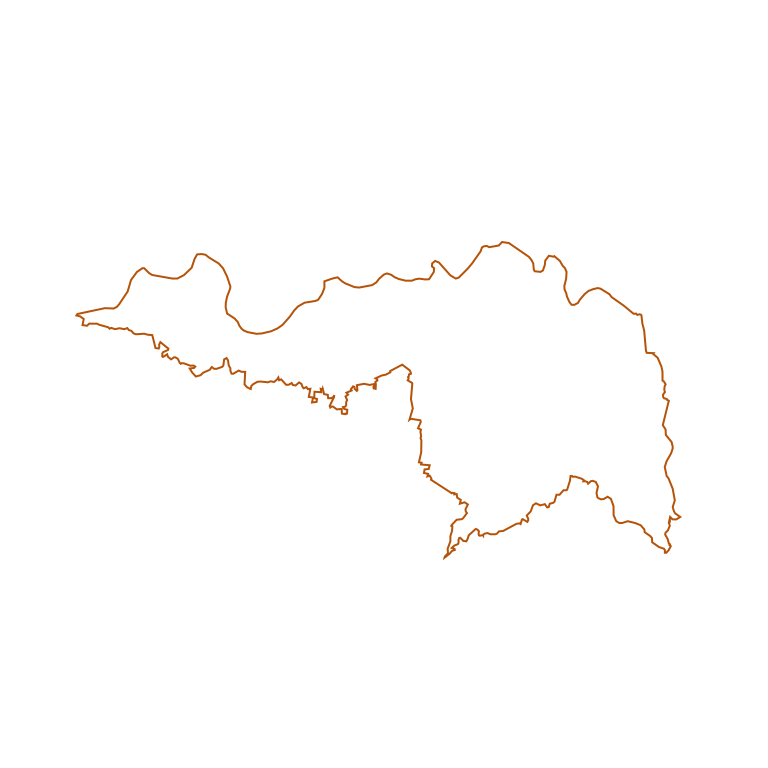 the district of Apazapan, Veracruz, Mexico, rotated 190°
{"feature_id": "50627088B67463100581546", "entity_name": "Apazapan", "entity_type": "district", "adm_level": 2, "iso_a3": "MEX", "parent_name": "Mexico", "parent_adm1": "Veracruz", "projection": "robinson", "projection_center": [-96.664, 19.343], "detail": "fine", "context": "isolated", "style": "outline", "palette": "amber", "viewbox_px": 768, "rotation_deg": 190, "n_neighbors": 0, "source": "geoboundaries", "source_scale": "gbopen_adm2", "svg_char_len": 6125}
<svg xmlns="http://www.w3.org/2000/svg" viewBox="0 0 768 768"><g transform="rotate(190 384 384)"><path d="M691.1,389.7L686.6,389.8L684.8,392.2L677.0,393.6L674.9,392.9L665.5,392.0L663.9,390.8L662.4,391.9L658.5,391.3L654.1,393.0L649.2,392.9L646.5,394.5L644.6,392.8L642.0,392.5L639.5,390.4L637.0,389.9L628.7,391.9L625.3,391.5L620.7,391.9L615.3,379.8L612.0,379.8L611.7,381.7L612.3,383.7L611.5,386.4L602.5,381.4L602.6,380.0L607.1,377.0L607.6,375.7L607.1,372.6L606.5,372.3L605.6,372.8L602.7,375.6L601.5,373.3L598.0,371.3L595.4,373.8L594.2,374.1L591.4,373.0L588.8,369.3L587.7,368.6L586.8,369.4L584.6,369.6L578.0,368.4L574.7,369.1L572.9,368.4L573.7,366.9L578.0,365.5L575.0,362.1L570.6,358.7L566.2,360.8L564.1,363.7L558.1,367.7L556.6,370.8L554.0,369.5L551.7,369.8L546.4,372.7L545.4,374.2L545.7,380.5L543.6,382.2L541.7,380.2L540.2,375.4L538.1,372.9L537.5,370.2L535.9,367.7L534.3,367.9L529.4,372.0L526.8,371.3L522.8,371.8L521.3,359.4L518.3,357.0L514.4,355.9L514.3,359.0L512.8,361.1L509.0,364.2L505.9,365.0L498.7,365.5L496.0,367.0L492.6,366.9L490.2,369.7L489.2,372.1L487.9,369.5L486.1,370.7L480.2,366.2L477.6,366.8L475.1,368.9L473.6,367.2L470.8,367.2L467.9,370.8L465.4,369.8L463.5,366.7L462.2,365.8L459.9,367.5L458.0,365.7L455.7,366.5L455.8,358.2L451.5,358.4L451.7,353.3L447.3,354.7L447.4,357.6L450.3,358.0L451.1,364.3L444.4,365.0L445.5,368.3L443.7,368.2L443.6,368.9L441.2,363.6L437.5,363.6L436.5,360.3L433.6,360.8L431.3,362.7L431.1,364.5L430.9,362.5L433.7,353.0L432.8,351.5L431.7,352.7L430.3,352.9L426.0,350.8L421.4,352.1L420.3,347.5L416.7,347.6L416.7,348.2L415.3,348.5L415.7,352.3L418.8,352.5L420.3,354.2L418.2,355.0L417.6,356.5L418.1,359.9L417.5,361.7L419.7,365.1L417.5,367.3L419.5,368.9L414.7,372.0L415.7,373.1L414.0,376.3L412.6,376.0L412.1,374.2L409.6,372.5L409.1,373.4L410.5,378.1L403.8,380.7L398.0,380.6L393.8,382.2L393.4,379.0L393.8,378.9L393.3,377.8L391.4,377.8L392.0,382.4L392.9,384.4L391.1,386.4L391.5,387.4L393.3,388.1L387.7,392.0L383.9,393.5L379.8,396.6L380.2,397.8L369.4,406.2L361.0,401.9L359.4,399.5L359.3,398.7L361.0,397.9L361.0,394.9L361.4,394.8L360.7,393.3L361.3,391.7L356.6,390.0L356.2,389.2L354.8,373.8L351.4,364.9L352.7,353.2L351.6,354.4L341.9,354.6L341.2,353.1L342.8,346.3L339.7,345.5L339.8,343.1L338.4,339.1L338.6,337.0L337.4,335.0L335.5,323.2L336.0,312.9L333.3,313.0L333.5,311.2L324.9,311.9L325.2,308.1L329.2,306.9L329.2,303.3L325.0,303.2L325.2,300.5L323.1,301.7L320.9,299.1L321.1,297.9L298.4,288.2L297.9,288.7L295.7,288.8L295.6,287.5L293.3,288.2L292.2,284.9L288.2,283.1L288.5,279.3L284.1,281.5L280.5,279.9L282.0,274.8L281.3,272.7L279.9,271.3L282.8,265.5L283.9,264.4L288.9,262.9L293.1,256.5L293.1,255.9L291.9,255.6L291.5,251.1L292.2,245.6L291.3,240.6L292.7,232.8L291.6,228.4L294.1,224.6L294.2,223.5L289.8,228.4L288.0,231.5L285.5,232.8L285.9,233.9L288.8,234.3L286.7,237.1L283.4,239.1L283.0,240.8L283.6,243.4L283.1,245.5L282.3,245.8L278.5,243.2L275.6,243.4L274.7,246.1L274.3,249.7L268.5,257.2L266.6,256.8L265.0,255.5L264.8,252.9L264.3,251.5L263.3,251.2L260.4,252.4L260.0,252.0L260.1,252.8L258.9,254.1L256.1,255.2L253.2,254.5L248.5,255.3L246.8,256.2L245.2,258.8L241.1,260.0L229.3,269.3L226.3,270.3L225.2,269.8L224.6,274.5L223.9,275.0L218.9,273.1L218.3,274.9L218.6,276.4L220.6,279.2L217.4,284.0L216.2,290.5L213.6,292.9L209.0,291.6L204.7,293.6L201.9,290.8L200.4,291.4L200.0,294.9L197.0,296.2L195.7,297.5L194.9,304.9L191.9,305.4L188.8,310.5L186.1,311.0L185.3,311.7L184.1,321.0L184.3,325.8L182.9,326.1L181.9,325.4L179.7,326.0L172.6,325.0L170.4,323.9L170.7,322.8L168.8,323.2L166.8,322.8L165.7,321.3L163.4,324.2L161.7,324.9L158.4,324.3L155.5,320.3L155.8,313.6L154.3,309.7L153.2,308.8L150.2,308.1L147.6,308.9L144.2,311.8L140.6,310.3L136.8,303.7L135.1,294.7L131.5,289.3L128.2,288.0L125.5,288.4L120.1,291.2L112.6,290.7L106.7,289.5L102.4,286.0L101.5,283.3L95.6,280.6L93.4,278.9L92.4,274.7L84.9,271.2L79.7,270.4L78.5,269.1L78.1,266.6L76.7,266.8L74.8,269.8L73.4,274.1L74.8,274.9L74.5,275.8L75.7,276.3L77.8,280.7L81.0,284.6L80.9,286.5L79.0,289.1L77.9,294.1L79.3,296.6L78.6,297.5L78.7,298.9L79.3,298.5L79.1,302.8L76.4,300.8L72.6,301.4L69.2,304.5L74.9,307.2L76.6,309.4L78.3,313.0L77.4,319.9L81.5,331.0L87.5,340.6L89.6,342.4L93.1,351.0L92.3,356.9L89.2,365.7L88.5,370.5L88.9,372.7L90.7,376.8L97.6,382.8L98.8,388.1L102.3,391.9L100.6,417.0L102.4,417.5L102.9,418.3L105.8,418.6L107.0,420.0L107.3,422.2L105.9,424.8L107.0,427.0L107.2,430.7L106.6,432.6L108.8,435.1L110.3,435.7L111.9,444.6L113.8,449.3L119.0,457.3L124.2,460.4L123.8,461.2L130.7,460.3L131.8,462.3L137.1,481.9L140.1,488.5L142.3,496.1L143.1,496.9L144.6,497.0L146.5,496.0L147.9,497.1L150.4,496.5L161.3,502.7L175.1,509.2L177.4,511.5L187.4,515.5L190.1,515.6L194.2,513.9L198.7,511.2L202.0,507.4L205.7,501.2L207.0,497.6L210.3,495.0L213.1,494.6L215.6,496.9L219.1,502.0L220.2,504.9L222.6,508.4L223.4,511.7L222.9,519.4L223.7,526.1L225.9,529.5L228.7,531.6L232.1,535.7L238.5,539.5L239.2,538.8L243.9,538.9L246.6,533.6L246.3,529.1L247.2,523.4L249.3,521.6L255.2,521.2L256.4,522.8L257.9,528.5L260.1,531.5L263.4,534.4L285.5,544.5L292.4,544.3L295.0,540.3L304.2,537.0L306.7,537.8L309.5,537.0L311.2,535.5L311.9,531.4L318.1,518.2L321.7,512.0L328.8,501.8L331.6,500.3L337.5,502.5L351.0,513.2L355.0,514.1L357.5,511.1L357.2,508.1L354.8,506.8L354.4,503.0L357.8,495.0L361.7,494.1L367.4,493.9L371.0,492.7L374.5,490.6L380.7,489.5L387.8,490.0L392.0,491.0L395.9,492.8L400.3,493.4L403.2,491.7L407.2,486.6L409.2,482.7L412.9,479.3L425.1,474.7L429.9,474.3L439.7,476.4L443.3,477.9L448.2,481.0L453.1,478.9L460.5,474.8L459.4,468.4L460.6,462.1L463.4,455.6L465.9,453.9L476.3,450.3L482.1,445.5L485.3,440.7L488.2,434.4L494.2,424.6L498.6,420.2L504.6,416.2L513.0,412.6L518.2,411.3L527.2,411.4L531.3,412.3L533.9,413.7L536.6,416.3L538.7,419.6L542.5,422.6L550.7,426.1L553.2,431.9L553.9,436.5L553.7,442.9L552.1,451.2L552.2,453.3L557.1,462.4L562.5,469.9L567.7,474.0L578.2,478.1L582.2,480.3L586.2,480.3L590.5,479.2L592.2,474.6L593.6,465.1L599.9,456.5L605.8,452.0L610.6,451.1L631.3,451.1L634.7,452.5L640.3,456.4L642.0,456.1L646.8,451.4L651.2,442.5L652.5,430.6L658.7,416.5L660.5,413.5L663.3,411.4L672.1,410.2L698.1,399.7L698.8,398.1L695.0,397.8L691.0,395.9L691.1,389.7Z" fill="none" stroke="#b45309" stroke-width="2"/></g></svg>